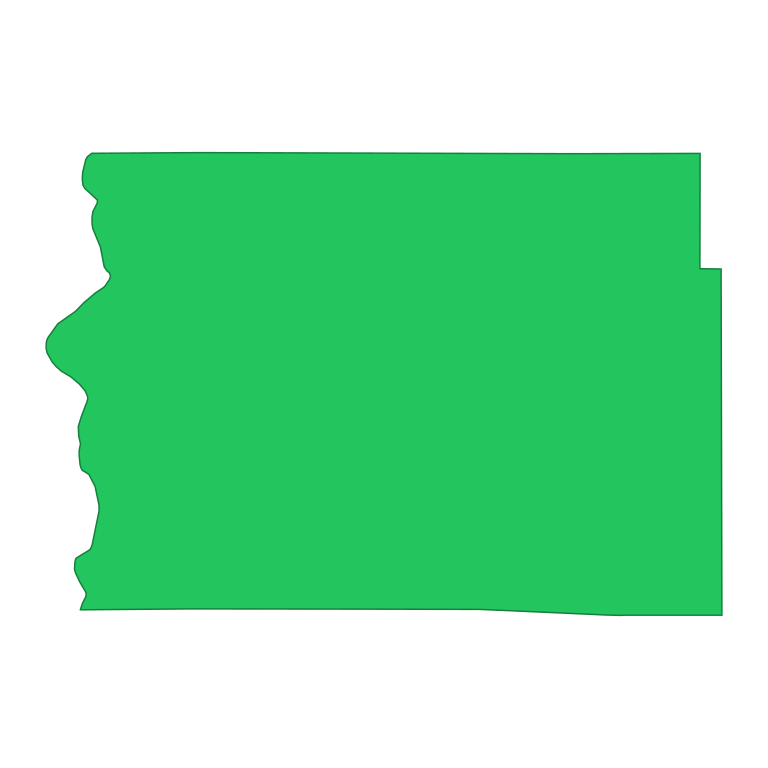 St. Croix, Wisconsin, United States of America (Equal Earth projection)
{"feature_id": "52423323B83596811379521", "entity_name": "St. Croix", "entity_type": "district", "adm_level": 2, "iso_a3": "USA", "parent_name": "United States of America", "parent_adm1": "Wisconsin", "projection": "equal_earth", "projection_center": [-92.697, 45.034], "detail": "fine", "context": "isolated", "style": "filled", "palette": "green", "viewbox_px": 768, "rotation_deg": 0, "n_neighbors": 0, "source": "geoboundaries", "source_scale": "gbopen_adm2", "svg_char_len": 1101}
<svg xmlns="http://www.w3.org/2000/svg" viewBox="0 0 768 768"><path d="M700.1,153.4L571.2,153.7L199.4,152.6L91.8,153.3L87.6,156.5L85.8,159.5L82.7,172.3L82.3,178.8L82.9,184.9L84.8,188.4L97.4,200.1L97.3,202.9L92.9,211.6L92.0,217.7L92.1,224.3L93.0,229.0L100.4,247.0L104.2,266.7L104.2,266.8L107.0,270.9L109.3,272.8L110.4,275.4L110.4,276.6L109.4,279.5L105.0,286.1L103.1,287.8L95.4,292.9L84.0,302.6L75.5,311.3L57.8,323.8L57.3,324.5L57.0,324.9L48.3,337.1L47.0,339.6L46.3,342.5L46.1,348.3L47.1,352.9L52.1,361.8L56.0,366.4L61.4,371.2L70.6,376.7L79.2,383.9L85.0,390.6L87.6,396.4L87.7,398.8L87.1,401.3L81.4,416.4L78.3,426.5L78.7,436.1L80.5,443.8L79.2,450.2L79.2,456.0L80.1,464.9L81.0,468.0L82.3,470.3L88.9,474.4L95.1,486.5L99.0,505.1L99.1,510.7L94.1,535.3L92.1,545.0L90.9,548.0L90.1,549.4L88.3,550.7L76.3,558.0L75.4,559.7L74.9,562.3L74.5,569.2L75.5,572.9L79.9,582.2L85.4,591.5L86.2,593.7L85.9,596.4L82.4,603.5L80.4,609.5L80.4,609.8L191.1,608.9L356.2,609.1L480.0,609.4L605.6,615.0L620.4,615.4L624.3,615.2L721.9,615.2L721.1,269.0L699.9,268.7L700.1,153.4Z" fill="#22c55e" stroke="#15803d" stroke-width="1.5"/></svg>